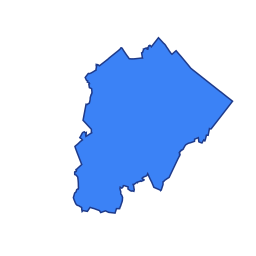 Viļķenes pag., Limbaži, Latvia (Mercator projection), rotated 134°
{"feature_id": "27541924B29394265870822", "entity_name": "Viļķenes pag.", "entity_type": "district", "adm_level": 2, "iso_a3": "LVA", "parent_name": "Latvia", "parent_adm1": "Limbaži", "projection": "mercator", "projection_center": [24.629, 57.605], "detail": "fine", "context": "isolated", "style": "filled", "palette": "blue", "viewbox_px": 256, "rotation_deg": 134, "n_neighbors": 0, "source": "geoboundaries", "source_scale": "gbopen_adm2", "svg_char_len": 4899}
<svg xmlns="http://www.w3.org/2000/svg" viewBox="0 0 256 256"><g transform="rotate(134 128 128)"><path d="M135.0,64.1L115.4,70.7L113.0,71.4L112.6,71.6L112.4,71.5L112.2,71.6L111.9,71.8L111.7,71.9L111.3,71.9L111.3,72.0L111.2,72.3L111.1,72.2L110.9,72.3L110.8,72.5L110.7,72.7L110.6,72.9L110.7,73.0L110.8,73.0L110.7,73.2L110.4,73.3L110.2,73.3L110.1,73.5L110.0,73.8L110.0,74.0L109.9,74.0L109.6,74.1L109.4,74.0L109.2,74.2L109.1,74.3L108.8,74.3L108.7,74.3L108.5,74.1L108.3,74.1L108.1,74.2L107.8,74.1L107.7,74.1L107.4,74.2L107.2,74.3L107.1,74.2L106.9,74.0L106.6,74.2L106.4,74.1L106.2,73.9L105.9,73.7L104.6,73.6L104.5,73.8L101.0,74.7L100.0,74.8L97.4,74.1L97.1,74.0L95.3,72.9L91.4,70.9L89.8,72.3L86.1,70.7L88.6,67.6L88.7,67.4L87.9,65.4L87.4,64.4L85.5,64.9L83.9,65.2L83.9,63.8L82.8,64.2L78.7,66.6L77.6,65.3L72.3,68.7L72.0,68.9L72.0,68.7L70.9,67.6L51.4,69.7L36.1,71.4L36.9,78.9L37.6,86.4L37.7,86.6L39.3,102.6L40.4,113.9L41.2,121.9L41.4,124.5L40.9,128.3L39.7,139.4L39.4,143.2L39.0,147.1L44.4,147.6L44.4,148.9L44.4,149.3L44.3,149.8L44.1,150.6L44.0,151.5L43.9,152.0L43.7,152.7L43.3,154.5L43.2,155.0L42.9,156.7L42.7,157.4L42.5,158.1L42.3,159.2L42.3,159.5L42.2,160.2L42.3,160.7L42.3,161.5L41.9,168.8L53.4,167.6L53.3,168.0L53.2,168.4L53.2,168.6L53.3,169.7L54.4,170.1L54.6,169.7L56.9,169.6L56.8,169.2L57.1,168.5L57.6,168.5L58.0,169.1L57.8,170.5L60.5,171.7L60.6,171.4L63.4,170.1L64.5,170.4L66.9,167.2L67.4,166.6L67.6,166.2L67.7,166.3L68.7,167.2L74.2,171.8L76.0,173.6L76.3,174.0L77.3,175.2L77.1,176.4L77.0,176.6L76.9,177.2L76.9,177.3L76.7,178.6L76.4,180.2L75.4,184.9L74.8,187.3L74.8,187.6L74.7,188.1L74.8,188.3L75.3,188.8L76.8,188.5L80.0,188.8L82.2,189.1L90.8,190.2L91.8,190.2L97.1,190.9L99.1,191.2L99.8,191.3L100.4,191.4L103.0,191.7L103.2,191.9L103.2,192.1L103.1,192.4L103.2,192.6L103.3,193.0L103.3,193.4L103.4,193.6L103.5,193.7L103.5,193.8L103.6,194.0L104.0,194.0L104.2,193.9L104.2,194.0L104.3,194.0L104.5,194.1L104.4,194.1L104.1,194.2L104.0,194.3L104.1,194.6L104.3,195.0L104.5,194.8L105.0,194.5L105.6,193.6L105.8,193.5L106.0,193.2L106.2,192.9L106.7,192.7L107.4,192.2L108.0,191.8L108.5,191.2L109.2,191.4L109.7,191.6L111.4,192.0L112.4,192.3L113.5,192.6L115.4,193.3L116.3,194.4L116.9,194.4L121.4,193.9L122.5,191.1L122.1,189.8L123.2,189.2L122.5,187.3L122.9,186.4L123.7,186.6L125.8,183.8L125.8,183.7L125.5,183.1L125.0,181.5L126.5,179.7L127.7,178.3L127.9,178.4L129.4,177.5L129.6,177.7L132.2,176.4L134.1,174.8L135.4,174.0L137.0,173.1L138.5,173.6L139.3,173.5L140.0,174.7L153.7,165.7L154.1,158.2L154.3,154.5L154.3,154.4L154.4,153.4L156.7,151.2L156.7,150.8L163.3,152.4L162.4,153.7L161.7,153.7L160.2,154.9L161.0,155.3L161.2,155.5L161.1,156.8L162.3,157.3L163.1,157.4L164.0,157.2L167.0,156.3L168.4,156.0L168.4,155.5L168.4,155.3L168.3,155.2L168.3,154.9L168.2,154.6L168.1,154.2L168.1,153.8L168.2,153.2L168.3,152.8L168.3,152.5L170.8,152.9L174.1,153.0L178.1,153.4L179.0,151.8L181.2,147.2L186.4,135.9L192.3,136.3L192.9,136.2L193.8,136.5L193.8,136.3L193.8,136.2L194.0,136.1L194.3,136.0L194.3,135.9L194.3,135.7L194.6,135.6L194.6,135.4L194.9,135.2L195.0,135.2L195.4,135.1L195.7,135.2L195.8,135.2L195.9,135.3L196.0,135.4L196.2,135.7L196.3,135.7L196.4,135.8L196.6,135.7L196.8,135.7L198.4,134.1L198.4,133.6L198.0,132.9L197.9,132.8L198.2,130.1L200.3,127.5L202.1,125.5L202.6,125.0L204.4,123.2L205.3,122.2L206.3,121.4L206.6,121.4L207.0,121.9L208.1,122.0L208.4,121.9L209.0,121.5L209.8,121.2L210.1,121.0L210.3,121.0L211.1,121.1L211.6,121.2L211.9,121.1L212.2,121.0L215.9,119.0L216.1,118.9L217.2,116.7L218.2,114.4L218.7,113.1L218.8,112.9L218.9,111.8L218.9,111.3L218.9,110.9L218.1,109.4L217.8,107.9L217.8,107.7L217.4,106.3L217.4,106.1L217.5,105.9L218.5,105.0L219.9,103.0L219.7,103.0L218.8,103.2L218.0,102.0L216.2,99.3L212.2,100.0L211.4,100.1L211.1,99.4L210.3,97.8L209.4,96.2L209.0,95.2L208.2,93.4L207.2,91.1L207.8,88.9L203.3,86.7L202.1,83.3L198.2,78.2L194.0,80.3L192.9,79.0L192.7,79.1L191.9,78.0L190.0,78.9L189.2,79.1L187.9,79.8L185.5,80.9L184.2,81.6L181.7,83.7L180.7,85.8L180.4,87.5L178.8,89.0L178.0,90.5L177.3,91.6L177.2,91.7L176.0,92.5L175.7,90.9L175.6,90.7L174.3,90.6L173.8,90.7L172.9,91.2L172.8,90.9L172.2,90.9L172.1,90.7L171.5,89.6L171.4,89.2L170.8,88.1L170.3,87.0L170.9,86.5L171.9,85.6L171.7,84.5L171.6,83.7L171.5,82.8L171.4,82.5L170.8,81.5L170.7,81.3L170.1,81.1L169.5,79.8L168.3,80.5L168.1,80.6L167.6,81.2L167.5,81.5L165.8,83.6L165.0,85.1L164.3,84.5L163.3,84.3L162.2,84.1L161.4,84.0L161.2,84.0L160.9,83.6L160.8,83.3L160.4,83.6L160.1,83.4L159.2,83.0L158.1,82.4L157.7,82.2L157.3,82.1L157.3,81.5L154.6,80.3L154.2,80.4L154.0,80.6L154.0,80.8L154.1,81.0L154.5,81.3L154.6,81.5L154.6,81.9L154.5,82.1L154.6,82.6L154.5,82.8L154.4,82.9L154.2,83.0L153.9,82.9L153.4,82.8L152.9,82.9L152.6,82.7L152.4,82.7L149.4,81.4L148.5,81.6L147.2,82.1L149.4,76.5L150.5,73.3L152.0,69.8L152.7,68.2L150.2,61.5L150.4,61.1L149.5,61.0L144.4,63.5L142.4,65.4L142.2,65.3L141.4,65.1L140.5,65.3L137.8,64.8L135.0,64.1Z" fill="#3b82f6" stroke="#1e3a8a" stroke-width="1.5"/></g></svg>